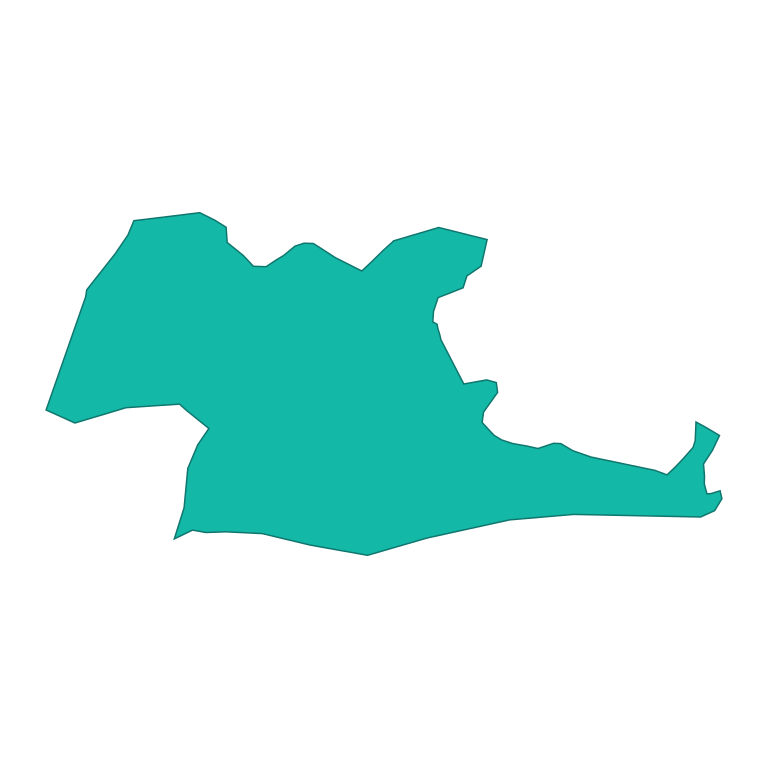 the district of Andoni, Nigeria
{"feature_id": "59680162B90577513466378", "entity_name": "Andoni", "entity_type": "district", "adm_level": 2, "iso_a3": "NGA", "parent_name": "Nigeria", "parent_adm1": "", "projection": "mercator", "projection_center": [7.441, 4.514], "detail": "fine", "context": "isolated", "style": "filled", "palette": "teal", "viewbox_px": 768, "rotation_deg": 0, "n_neighbors": 0, "source": "geoboundaries", "source_scale": "gbopen_adm2", "svg_char_len": 1280}
<svg xmlns="http://www.w3.org/2000/svg" viewBox="0 0 768 768"><path d="M174.3,538.9L192.5,530.1L205.8,532.5L225.8,531.8L262.3,533.6L310.3,545.1L343.3,551.0L367.5,555.3L387.5,549.5L391.3,548.4L423.3,539.1L427.1,538.0L464.4,529.8L509.4,519.9L573.6,514.4L700.6,517.0L714.7,510.6L721.9,498.7L720.1,490.8L711.0,493.6L706.9,493.8L704.3,483.8L704.5,475.9L703.5,464.0L712.4,450.4L719.5,435.5L706.6,427.8L696.0,422.0L695.2,440.6L693.1,447.4L683.0,458.9L675.3,467.0L667.0,474.9L655.0,470.4L590.8,457.0L572.8,450.7L560.8,443.6L553.6,443.3L538.0,448.5L527.1,446.1L512.5,443.5L501.5,439.9L493.9,435.2L482.1,422.5L483.6,412.0L497.6,392.4L496.3,382.6L486.7,379.9L463.8,384.0L440.9,339.7L439.9,335.2L437.7,327.9L437.1,324.3L432.8,321.8L433.5,311.5L438.1,297.6L463.1,287.8L466.9,275.9L481.1,266.2L487.1,239.6L438.7,227.5L393.5,240.9L392.0,242.5L388.6,245.5L383.4,250.2L372.1,261.3L361.8,271.0L335.6,257.8L313.4,243.5L304.0,243.2L294.9,246.2L283.5,255.6L275.8,260.2L266.1,266.7L253.4,266.3L243.4,255.6L227.2,242.5L226.1,227.3L225.2,226.7L215.0,220.3L199.7,212.7L133.9,220.7L127.9,235.1L115.3,253.6L86.7,289.9L85.7,296.7L46.1,410.0L74.9,423.0L126.0,407.7L179.5,404.1L186.6,410.5L208.9,428.5L197.8,444.7L187.8,468.4L184.1,507.7L174.3,538.9Z" fill="#14b8a6" stroke="#0f766e" stroke-width="1.5"/></svg>